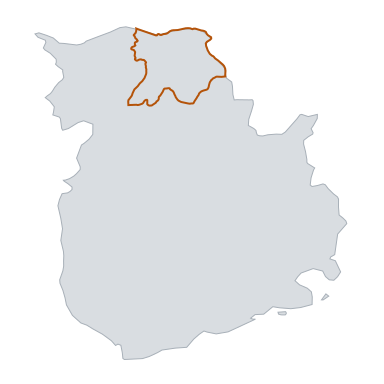 location of Môndól Kiri within Cambodia, rotated 269°
{"feature_id": "KHM-1794", "entity_name": "Môndól Kiri", "entity_type": "Province", "adm_level": 1, "iso_a3": "KHM", "parent_name": "Cambodia", "parent_adm1": "", "projection": "robinson", "projection_center": [106.924, 12.744], "detail": "fine", "context": "in_parent", "style": "outline", "palette": "amber", "viewbox_px": 384, "rotation_deg": 269, "n_neighbors": 0, "source": "natural_earth", "source_scale": "10m", "svg_char_len": 6021}
<svg xmlns="http://www.w3.org/2000/svg" viewBox="0 0 384 384"><g transform="rotate(269 192 192)"><path d="M352.8,37.8L353.8,41.7L351.2,49.2L348.4,56.0L343.1,61.9L342.8,66.3L341.0,79.3L341.7,83.5L343.0,87.0L344.7,88.9L349.3,101.7L353.4,113.3L357.6,122.8L358.3,128.8L354.5,144.1L350.1,158.1L350.5,165.1L352.4,172.1L354.4,181.4L355.2,193.3L354.1,201.1L352.1,205.9L348.3,210.9L345.0,213.4L341.0,209.2L337.8,209.0L333.6,210.3L330.2,212.2L323.4,219.5L315.8,226.5L305.4,228.3L301.3,233.6L296.9,234.3L288.7,234.6L283.3,235.8L283.5,238.4L283.1,250.9L283.2,253.8L282.3,254.6L278.6,254.9L272.2,253.0L263.6,250.0L257.5,249.5L254.4,254.9L252.5,257.0L250.2,257.4L247.8,258.3L247.0,260.7L246.8,263.8L247.9,268.9L248.4,277.2L248.1,282.8L250.3,286.3L263.4,298.3L267.3,301.3L267.7,303.0L265.4,309.5L267.4,318.7L263.3,318.5L256.5,314.6L253.2,312.2L249.2,314.1L247.8,313.7L245.2,309.2L241.7,304.6L238.0,304.4L230.4,306.2L222.6,307.4L219.6,307.4L218.4,308.2L213.9,315.1L211.9,313.9L204.1,311.3L196.9,310.3L195.4,312.1L196.3,317.6L197.8,323.1L196.9,325.4L193.0,328.2L187.7,333.4L184.5,337.4L182.3,338.4L174.4,338.2L166.4,338.7L163.3,342.5L160.3,345.4L157.7,346.2L147.4,336.9L126.9,333.6L124.6,329.5L122.7,328.7L120.8,334.1L109.5,339.2L104.8,336.1L101.3,332.3L101.8,327.7L105.1,324.0L110.7,321.3L113.3,311.8L109.1,299.7L105.4,296.2L101.5,293.4L97.3,297.9L93.8,305.6L90.1,309.6L85.0,310.4L77.4,310.1L74.6,298.6L73.6,288.8L74.7,277.5L75.9,270.8L68.6,261.6L68.3,252.9L64.8,248.4L63.8,250.6L63.8,253.2L62.9,251.3L51.5,225.6L49.7,213.7L51.7,204.6L52.8,201.5L49.5,196.6L44.9,191.2L36.8,184.0L36.2,172.6L34.5,159.2L32.0,154.7L28.3,146.4L26.3,139.6L25.7,121.5L26.8,120.0L32.6,119.5L40.0,118.2L41.2,115.3L39.9,112.9L44.7,108.8L51.5,99.8L56.9,90.4L60.7,84.5L63.0,78.6L70.7,70.3L81.3,64.5L88.4,63.2L95.9,61.2L103.1,58.4L106.5,58.2L115.4,61.5L120.2,62.4L125.2,62.4L130.5,62.7L135.0,62.4L145.9,60.0L157.5,61.9L167.8,60.4L180.6,57.7L186.8,59.4L192.6,62.1L193.3,67.6L194.7,70.1L196.6,72.1L199.1,72.1L202.4,68.2L205.1,64.3L206.0,63.6L206.1,65.5L207.5,69.8L209.9,74.0L212.3,76.8L216.4,80.6L219.1,80.7L227.9,77.2L240.9,82.3L242.5,84.9L246.7,90.1L251.3,93.8L261.5,94.1L265.1,84.9L263.4,79.3L257.6,69.5L256.0,63.8L257.9,62.8L267.7,61.7L269.3,60.5L271.5,54.2L274.2,54.9L279.6,55.8L285.4,51.4L288.9,46.9L290.7,49.0L292.8,52.1L295.0,54.0L299.2,56.7L303.7,60.6L306.6,64.4L308.9,65.8L314.7,64.8L316.3,64.9L319.7,60.3L322.1,57.8L324.1,58.6L327.1,58.5L333.2,52.7L336.7,47.3L338.6,45.9L344.1,48.5L346.3,48.0L349.4,40.7L352.8,37.8ZM70.7,283.5L69.6,284.1L68.6,284.1L67.5,283.1L67.6,278.9L68.4,276.4L70.3,275.9L70.7,283.5ZM87.8,324.1L85.5,326.9L81.8,321.2L81.9,319.6L87.8,324.1Z" fill="#d9dde1" stroke="#a8b0b8" stroke-width="1"/><path d="M354.2,180.6L355.8,188.5L355.9,190.9L355.7,193.0L355.3,194.0L355.0,194.7L354.8,195.5L355.3,196.4L355.3,196.5L355.3,198.1L353.4,204.0L353.1,205.8L352.6,207.4L351.7,208.7L350.0,209.4L348.5,210.6L346.4,213.8L345.0,213.9L343.8,212.7L341.9,209.5L340.4,208.4L337.6,208.7L334.6,209.8L333.5,210.1L329.8,212.2L327.9,214.4L327.5,215.4L326.8,216.2L325.1,217.5L323.1,220.3L318.8,225.1L317.3,226.3L314.9,227.3L312.6,227.6L307.8,227.2L307.0,227.3L307.0,227.2L306.9,226.8L306.6,223.6L306.9,218.9L306.8,218.2L305.9,216.6L305.6,215.9L305.2,215.0L304.7,214.5L304.2,214.1L303.6,213.3L303.4,213.0L303.1,212.9L302.5,212.5L301.8,212.0L301.0,211.6L298.3,210.8L296.8,210.5L295.8,210.1L294.8,209.5L294.5,209.2L294.3,208.9L294.0,208.2L293.2,205.1L292.5,203.3L292.2,202.8L292.0,202.5L290.5,200.9L290.3,200.8L290.1,200.7L289.2,200.4L288.8,200.2L288.5,200.0L288.0,199.6L286.7,198.7L285.9,198.3L282.9,196.2L281.1,195.2L280.8,195.0L280.6,194.6L280.5,194.4L280.5,194.1L280.5,192.5L280.3,191.4L280.6,189.6L282.2,182.7L283.6,180.1L284.6,179.1L287.1,177.4L288.6,176.9L289.8,176.2L291.1,175.8L292.9,174.9L293.2,174.5L293.7,174.0L294.5,172.7L294.9,172.1L295.2,171.8L295.6,171.7L295.8,171.5L296.0,171.4L296.1,171.2L296.2,170.3L295.9,167.7L295.9,166.8L295.8,166.3L295.6,166.0L295.4,165.8L294.9,165.5L292.6,164.4L288.9,161.9L288.1,160.9L287.9,160.7L287.7,160.6L287.2,160.5L286.9,160.4L285.8,160.4L285.6,160.4L285.4,160.3L284.8,160.0L284.2,159.6L283.8,159.1L283.3,158.4L283.2,158.1L282.2,157.6L282.0,157.4L281.9,157.3L281.7,157.1L279.8,154.1L279.5,153.7L279.3,153.4L279.2,153.0L279.1,151.1L279.2,150.8L279.3,150.4L279.5,150.0L280.0,149.3L280.4,149.0L280.7,148.8L284.3,148.9L284.5,148.9L284.9,148.6L284.9,148.3L284.9,147.9L284.9,147.6L284.8,147.3L284.7,147.1L284.6,146.9L284.2,146.4L283.6,145.8L281.7,144.6L281.1,143.7L280.2,141.0L279.9,139.5L279.9,139.2L280.2,137.8L280.0,129.9L283.6,129.8L284.9,130.0L288.8,133.1L289.9,133.7L290.7,134.0L291.5,134.2L295.6,136.2L298.7,139.6L299.1,139.9L301.5,141.7L303.7,144.2L306.8,146.5L310.8,148.2L311.9,148.4L314.5,148.4L315.5,148.5L317.4,148.0L318.1,148.1L318.4,148.1L318.8,148.1L320.4,147.7L321.3,147.7L321.6,147.8L321.9,148.1L322.0,148.2L322.3,148.3L322.6,148.2L323.0,147.9L324.4,146.7L324.7,146.4L324.8,146.2L324.9,145.9L325.0,144.6L325.1,144.2L325.3,143.8L325.4,143.6L325.5,143.3L325.5,143.0L325.5,142.8L325.5,142.4L325.4,142.3L325.2,141.3L325.1,141.0L324.9,140.6L324.6,140.2L324.4,139.8L324.3,139.3L324.3,139.1L324.4,138.8L324.4,138.6L324.5,138.4L325.4,137.4L325.5,137.3L326.5,137.4L327.0,137.9L329.2,137.0L332.9,137.6L334.8,136.5L335.3,135.4L335.6,134.3L336.2,133.7L337.3,134.0L338.0,134.7L338.8,137.0L339.5,137.9L340.2,137.6L340.8,137.4L342.3,137.5L342.6,137.8L343.2,139.1L343.6,139.4L343.5,139.8L344.1,140.3L345.3,139.6L345.6,139.4L346.0,139.0L346.4,138.5L346.6,138.2L346.8,138.1L347.0,138.0L347.8,137.8L348.2,137.5L348.9,137.3L349.2,137.1L349.4,136.9L349.5,136.6L349.9,136.5L350.3,136.7L350.9,137.4L351.4,137.7L351.6,137.9L351.9,138.3L352.1,138.4L352.3,138.5L352.9,138.7L353.2,138.8L353.5,138.9L355.3,139.2L355.8,139.3L356.4,139.2L355.5,141.4L349.2,158.7L349.3,159.7L350.3,160.5L350.5,161.1L350.5,161.5L350.3,161.9L350.0,162.2L349.7,162.9L349.5,163.7L349.7,164.5L350.4,166.3L350.6,168.5L350.9,169.6L351.3,170.4L353.1,172.7L353.9,174.7L354.1,176.5L354.1,178.5L354.2,180.6Z" fill="none" stroke="#b45309" stroke-width="2"/></g></svg>